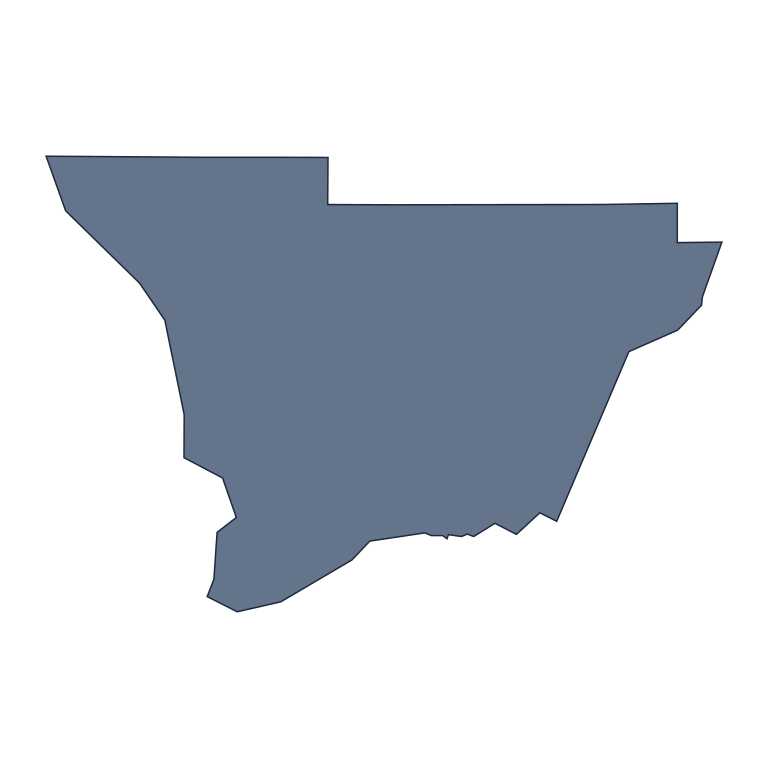 Muscogee, Georgia, United States of America
{"feature_id": "52423323B73229184537448", "entity_name": "Muscogee", "entity_type": "district", "adm_level": 2, "iso_a3": "USA", "parent_name": "United States of America", "parent_adm1": "Georgia", "projection": "albers", "projection_center": [-84.88, 32.491], "detail": "fine", "context": "isolated", "style": "filled", "palette": "slate", "viewbox_px": 768, "rotation_deg": 0, "n_neighbors": 0, "source": "geoboundaries", "source_scale": "gbopen_adm2", "svg_char_len": 706}
<svg xmlns="http://www.w3.org/2000/svg" viewBox="0 0 768 768"><path d="M677.3,203.3L602.2,204.5L393.0,204.8L339.4,204.6L327.7,204.5L328.0,157.5L319.6,157.4L280.7,157.3L206.5,157.3L46.1,156.2L65.7,210.9L120.0,264.0L139.6,283.2L164.9,320.3L170.3,347.1L171.8,354.3L172.1,355.5L183.4,410.8L184.2,414.9L184.0,457.7L222.6,478.0L236.3,517.5L217.1,532.3L213.9,579.2L207.2,596.6L237.2,611.8L280.8,601.8L352.0,559.9L369.8,541.1L424.9,532.9L431.4,535.6L442.7,535.6L447.0,538.8L448.4,534.7L461.5,536.5L467.4,534.1L473.7,536.5L494.9,523.3L516.4,534.4L539.8,512.8L556.7,521.3L628.9,351.6L677.7,330.1L701.5,305.2L702.4,296.9L721.9,242.1L677.3,242.6L677.3,203.3Z" fill="#64748b" stroke="#1e293b" stroke-width="1.5"/></svg>